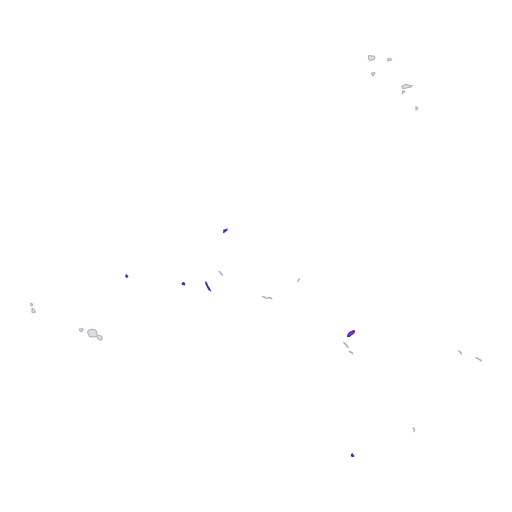 French Polynesia, with Tuamotu-Gambier highlighted
{"feature_id": "PYF-4965", "entity_name": "Tuamotu-Gambier", "entity_type": "state/province", "adm_level": 1, "iso_a3": "PYF", "parent_name": "French Polynesia", "parent_adm1": "", "projection": "albers", "projection_center": [-142.294, -18.652], "detail": "coarse", "context": "in_parent", "style": "filled", "palette": "violet", "viewbox_px": 512, "rotation_deg": 0, "n_neighbors": 0, "source": "natural_earth", "source_scale": "10m", "svg_char_len": 2960}
<svg xmlns="http://www.w3.org/2000/svg" viewBox="0 0 512 512"><path d="M97.1,334.9L101.4,336.2L102.3,338.5L101.5,340.1L99.3,339.8L98.2,339.0L96.6,336.3L92.5,337.1L89.6,336.6L87.8,333.0L87.7,331.4L88.4,330.3L91.4,329.1L95.2,329.8L96.8,331.8L97.1,334.9ZM406.0,84.2L410.6,85.8L412.1,85.7L410.6,87.2L405.9,88.0L404.4,88.8L402.5,88.2L401.6,86.4L406.0,84.2ZM373.9,59.6L370.8,60.2L369.4,60.1L368.3,57.6L368.7,56.0L369.2,55.6L374.4,56.2L374.8,57.4L374.7,58.4L373.9,59.6ZM34.2,312.5L33.0,312.6L31.9,312.1L32.0,308.9L32.3,308.3L34.0,309.3L35.5,312.0L34.2,312.5ZM82.4,331.0L81.5,331.9L80.3,331.3L79.7,330.6L79.4,329.8L79.7,328.8L82.5,328.8L83.3,329.2L82.4,331.0ZM389.9,60.7L387.9,60.9L387.6,59.4L388.2,58.6L389.1,58.2L390.6,58.7L391.4,59.4L391.3,60.0L389.9,60.7ZM373.6,75.4L372.9,75.9L371.6,74.1L371.5,73.3L373.8,72.4L375.0,72.9L373.6,75.4ZM209.7,289.4L209.8,289.9L209.2,289.9L208.1,288.4L207.7,287.0L206.9,285.5L206.0,284.4L205.8,283.3L205.8,281.7L206.9,284.2L208.0,286.2L208.8,287.8L209.7,289.4ZM348.7,336.2L348.8,336.8L347.7,336.7L347.4,336.5L347.5,335.4L348.2,334.1L348.9,333.0L350.1,331.9L352.4,330.9L353.4,330.4L353.8,330.7L353.4,330.9L349.7,333.0L348.5,334.6L348.0,335.6L348.1,336.0L348.7,336.2ZM417.0,109.6L415.9,110.1L415.9,106.8L417.3,107.5L417.9,108.0L417.6,108.9L417.0,109.6ZM348.0,346.6L348.2,347.4L347.1,346.8L346.1,345.3L344.2,343.3L343.8,342.5L345.2,343.3L346.1,344.4L348.0,346.6ZM32.1,305.7L31.6,306.0L31.0,305.4L30.7,304.6L30.8,303.2L32.3,304.0L32.9,304.6L32.1,305.7ZM404.8,91.4L402.4,93.8L402.5,91.2L403.3,90.9L404.1,90.9L404.8,91.4ZM481.3,360.4L480.7,361.0L480.6,360.4L479.8,360.0L478.7,359.3L477.2,358.5L476.3,358.4L475.9,357.9L476.5,357.7L477.5,358.1L478.8,358.8L480.3,359.6L481.3,360.4ZM222.4,274.5L222.3,275.9L221.7,274.5L219.8,272.4L219.1,271.4L219.9,271.6L222.4,274.5ZM352.2,352.5L352.6,353.7L351.9,353.1L349.6,352.0L349.4,351.1L352.2,352.5ZM270.7,297.7L272.3,299.2L270.2,298.2L267.4,297.7L268.5,297.5L270.0,297.5L270.7,297.7ZM266.8,298.2L265.7,298.4L262.8,296.5L263.9,296.5L265.5,297.7L266.8,298.2ZM461.5,353.5L461.5,354.0L458.8,351.0L459.9,351.3L461.5,353.5ZM414.7,430.5L413.9,431.1L414.2,430.3L413.6,428.6L413.0,428.3L413.6,427.8L414.5,429.2L414.7,430.5ZM298.3,281.3L297.8,281.6L298.5,279.2L299.2,278.9L298.3,281.3Z" fill="#d9dde1" stroke="#a8b0b8" stroke-width="1"/><path d="M352.5,333.9L351.1,334.7L349.4,336.3L347.9,336.2L348.3,334.7L349.5,333.0L353.4,330.9L354.2,331.0L354.3,331.6L354.1,332.3L352.5,333.9ZM351.7,454.5L352.2,454.1L353.6,456.0L352.8,456.4L352.0,456.2L351.5,455.4L351.7,454.5ZM182.7,283.1L183.5,282.8L184.2,283.2L184.5,283.9L184.2,284.7L182.6,284.3L182.3,283.7L182.7,283.1ZM209.8,290.0L209.2,289.6L207.7,287.0L206.0,283.2L205.8,281.7L206.1,283.0L206.9,284.2L207.5,286.4L208.8,287.8L209.8,290.0ZM126.9,277.1L126.2,276.7L126.0,276.0L126.1,275.4L126.5,275.1L127.5,276.5L126.9,277.1ZM223.3,232.7L224.7,231.2L226.7,229.8L223.2,230.6L226.9,229.5L226.8,230.0L223.3,232.7Z" fill="#8b5cf6" stroke="#5b21b6" stroke-width="1.5"/></svg>